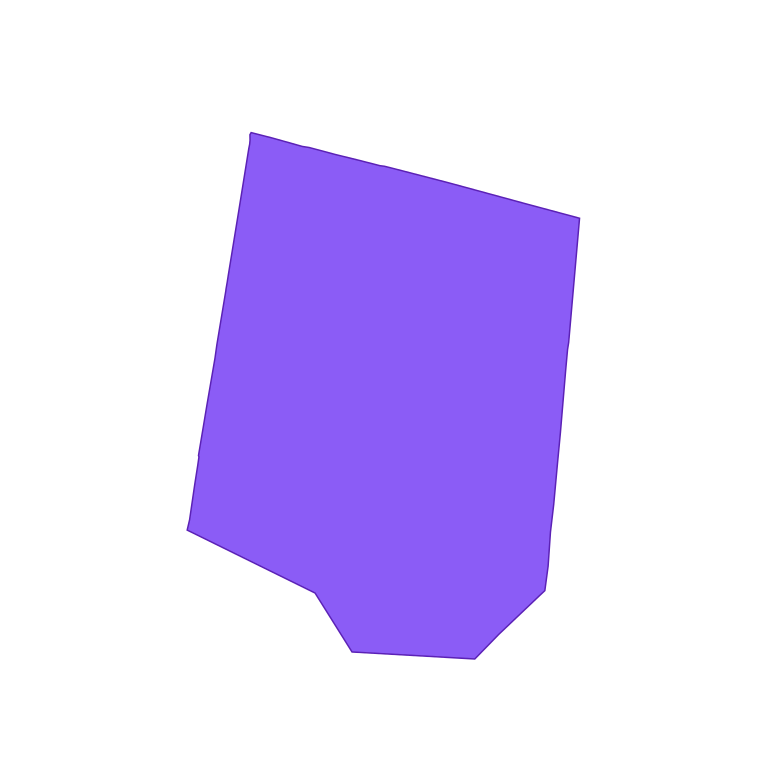 the district of Bagaxangai, Töv, Mongolia, rotated 212°
{"feature_id": "93677404B94518670866672", "entity_name": "Bagaxangai", "entity_type": "district", "adm_level": 2, "iso_a3": "MNG", "parent_name": "Mongolia", "parent_adm1": "Töv", "projection": "albers", "projection_center": [107.475, 47.372], "detail": "fine", "context": "isolated", "style": "filled", "palette": "violet", "viewbox_px": 768, "rotation_deg": 212, "n_neighbors": 0, "source": "geoboundaries", "source_scale": "gbopen_adm2", "svg_char_len": 855}
<svg xmlns="http://www.w3.org/2000/svg" viewBox="0 0 768 768"><g transform="rotate(212 384 384)"><path d="M473.5,155.8L331.7,170.2L269.1,139.8L161.3,198.9L154.0,232.5L140.0,286.8L138.1,294.0L148.3,316.5L164.4,346.7L176.2,371.7L194.5,408.0L208.7,436.4L237.2,491.9L246.7,510.7L249.4,517.1L251.7,521.6L306.0,628.2L346.7,615.8L359.8,611.8L435.7,588.9L494.4,570.4L495.6,570.0L499.0,568.9L501.6,567.7L503.1,567.0L505.0,566.4L513.0,563.9L516.0,562.9L521.1,561.3L521.8,561.1L522.7,560.8L546.7,552.9L572.8,544.9L579.1,542.2L608.8,533.5L629.9,526.8L629.8,524.4L626.7,519.6L625.0,516.2L623.5,512.2L599.3,454.8L573.3,392.8L572.6,391.2L571.9,389.5L571.1,387.7L568.2,380.6L567.6,379.4L546.7,329.1L541.0,316.3L522.8,271.8L514.7,252.3L503.4,225.0L502.3,224.1L498.8,216.2L491.3,198.6L476.9,165.8L473.5,155.8Z" fill="#8b5cf6" stroke="#5b21b6" stroke-width="1.5"/></g></svg>